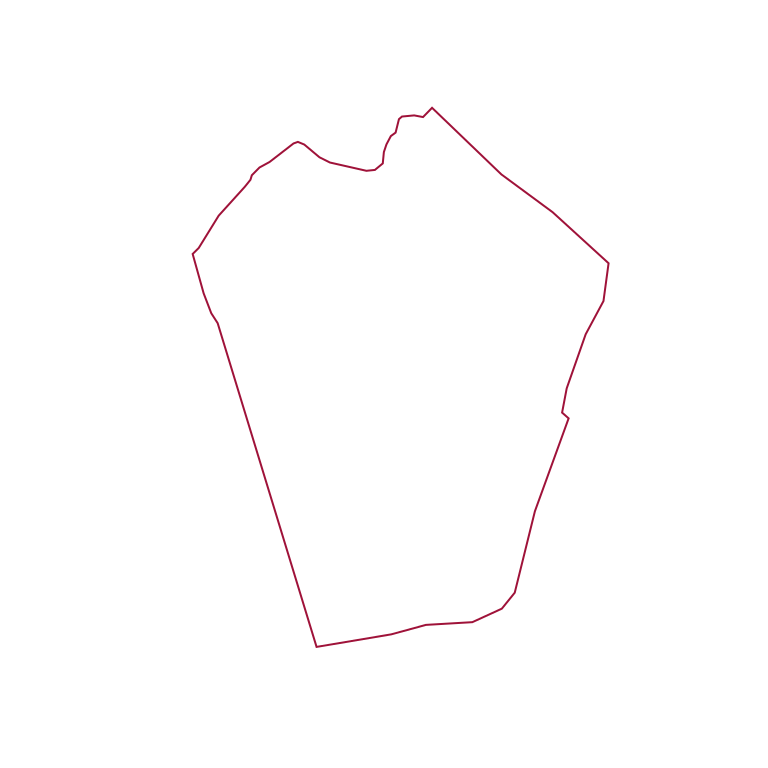 Ali Sabeh, Ali Sabieh, Djibouti (orthographic projection), rotated 132°
{"feature_id": "41766387B65421474667097", "entity_name": "Ali Sabeh", "entity_type": "district", "adm_level": 2, "iso_a3": "DJI", "parent_name": "Djibouti", "parent_adm1": "Ali Sabieh", "projection": "orthographic", "projection_center": [42.832, 11.234], "detail": "fine", "context": "isolated", "style": "outline", "palette": "rose", "viewbox_px": 768, "rotation_deg": 132, "n_neighbors": 0, "source": "geoboundaries", "source_scale": "gbopen_adm2", "svg_char_len": 718}
<svg xmlns="http://www.w3.org/2000/svg" viewBox="0 0 768 768"><g transform="rotate(132 384 384)"><path d="M286.0,223.8L286.1,232.5L265.0,245.3L212.1,267.4L175.5,276.4L144.0,297.9L143.5,373.6L149.7,437.0L146.6,533.1L159.5,533.6L164.2,541.3L173.2,549.6L177.2,550.1L189.4,543.6L195.2,544.8L204.3,542.5L211.7,539.3L220.9,532.5L231.0,534.0L237.4,539.8L237.7,540.4L255.6,572.4L258.7,583.7L259.4,603.5L261.7,610.0L265.8,612.2L295.6,617.6L301.3,619.6L306.4,621.4L317.3,621.9L321.6,619.9L330.6,619.4L369.5,619.5L406.9,612.7L415.4,613.2L437.3,578.7L447.0,559.7L450.1,548.3L624.5,258.2L565.2,211.1L535.0,191.7L501.9,159.0L472.1,146.1L451.6,147.2L377.6,186.7L286.0,223.8Z" fill="none" stroke="#9f1239" stroke-width="2"/></g></svg>